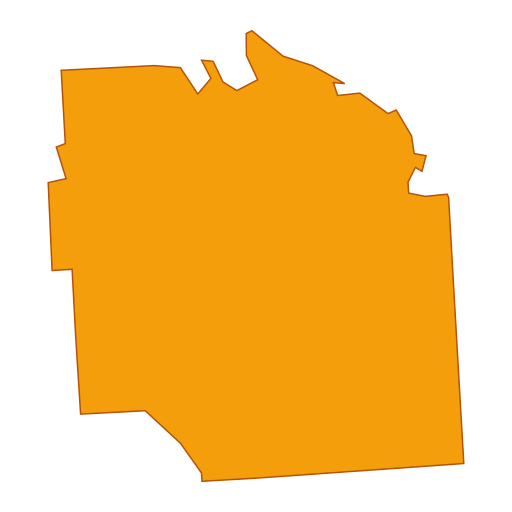 Onondaga, New York, United States of America (Equal Earth projection)
{"feature_id": "52423323B60762350977788", "entity_name": "Onondaga", "entity_type": "district", "adm_level": 2, "iso_a3": "USA", "parent_name": "United States of America", "parent_adm1": "New York", "projection": "equal_earth", "projection_center": [-76.181, 43.021], "detail": "fine", "context": "isolated", "style": "filled", "palette": "amber", "viewbox_px": 512, "rotation_deg": 0, "n_neighbors": 0, "source": "geoboundaries", "source_scale": "gbopen_adm2", "svg_char_len": 668}
<svg xmlns="http://www.w3.org/2000/svg" viewBox="0 0 512 512"><path d="M463.8,463.5L453.5,284.5L448.6,197.4L447.1,194.2L425.3,196.4L408.7,193.1L408.0,182.2L415.4,167.4L422.0,171.3L426.0,155.7L414.2,153.6L411.5,135.8L396.2,110.0L388.0,113.6L359.8,93.1L337.6,95.5L333.4,82.6L344.7,83.6L312.8,65.8L282.9,56.1L251.9,30.7L246.2,33.5L246.4,55.5L257.7,79.7L236.8,90.6L222.9,81.9L213.1,61.3L201.6,60.2L210.9,78.4L197.8,94.0L180.3,67.6L154.0,65.6L61.2,70.3L65.3,143.6L56.3,147.0L66.1,178.6L48.2,182.6L52.1,270.5L72.1,269.3L75.8,338.5L80.6,414.1L145.2,410.7L180.5,443.3L201.5,473.0L202.0,481.3L256.5,478.1L463.8,463.5Z" fill="#f59e0b" stroke="#b45309" stroke-width="1.5"/></svg>